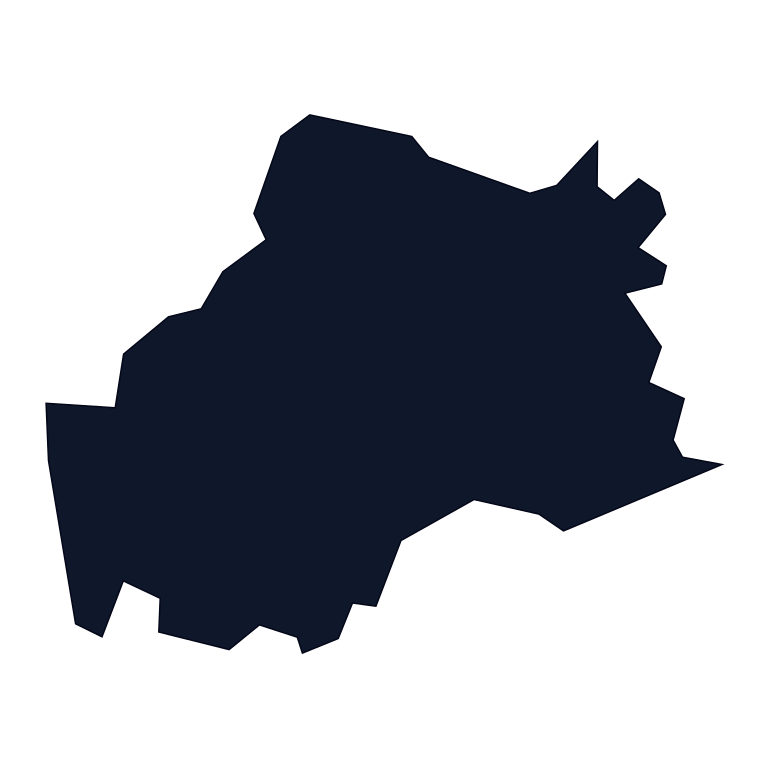 Anderson, Kentucky, United States of America
{"feature_id": "52423323B73642755696562", "entity_name": "Anderson", "entity_type": "district", "adm_level": 2, "iso_a3": "USA", "parent_name": "United States of America", "parent_adm1": "Kentucky", "projection": "robinson", "projection_center": [-84.971, 38.007], "detail": "fine", "context": "isolated", "style": "filled", "palette": "ink", "viewbox_px": 768, "rotation_deg": 0, "n_neighbors": 0, "source": "geoboundaries", "source_scale": "gbopen_adm2", "svg_char_len": 705}
<svg xmlns="http://www.w3.org/2000/svg" viewBox="0 0 768 768"><path d="M297.3,637.2L302.4,653.1L338.2,638.5L352.5,603.0L375.9,606.2L401.0,540.5L474.0,499.5L538.9,514.1L563.5,530.9L721.9,464.5L682.5,457.2L673.1,440.1L684.2,398.7L648.8,382.5L661.3,346.8L624.9,293.2L661.7,283.9L666.3,265.8L638.1,247.6L665.5,214.4L659.1,192.9L638.7,178.8L614.2,200.4L597.1,186.7L597.5,141.6L556.7,185.4L529.8,193.3L428.6,157.2L411.8,136.5L309.8,114.9L280.9,136.4L253.9,213.5L266.2,239.7L222.9,271.7L201.2,308.8L168.5,316.8L123.6,354.1L115.2,407.8L46.1,403.3L48.5,460.7L75.6,623.8L102.0,636.8L123.3,580.9L160.2,598.3L158.8,632.0L229.1,649.6L259.4,624.9L297.3,637.2Z" fill="#0f172a" stroke="#020617" stroke-width="1.5"/></svg>